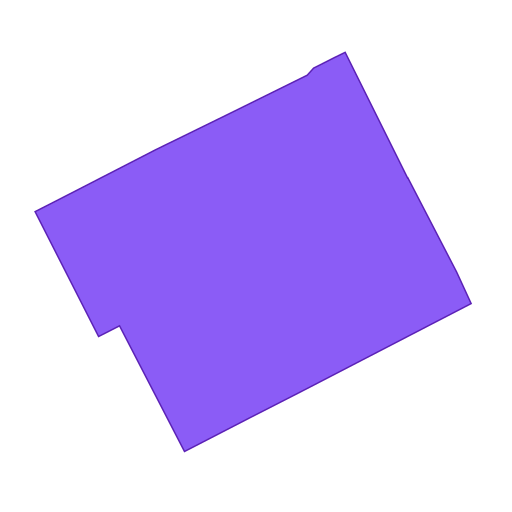 the district of Pettis, Missouri, United States of America, rotated 61°
{"feature_id": "52423323B46784641696011", "entity_name": "Pettis", "entity_type": "district", "adm_level": 2, "iso_a3": "USA", "parent_name": "United States of America", "parent_adm1": "Missouri", "projection": "orthographic", "projection_center": [-93.351, 38.725], "detail": "fine", "context": "isolated", "style": "filled", "palette": "violet", "viewbox_px": 512, "rotation_deg": 61, "n_neighbors": 0, "source": "geoboundaries", "source_scale": "gbopen_adm2", "svg_char_len": 404}
<svg xmlns="http://www.w3.org/2000/svg" viewBox="0 0 512 512"><g transform="rotate(61 256 256)"><path d="M110.1,427.7L250.1,432.7L250.9,409.2L392.3,413.3L394.5,339.7L396.5,281.3L401.9,90.9L367.2,88.3L261.2,85.3L261.2,85.6L121.1,79.3L120.5,90.9L119.6,114.5L122.7,123.5L118.6,210.1L118.0,221.9L115.0,280.6L114.4,292.4L111.3,392.3L110.1,427.7Z" fill="#8b5cf6" stroke="#5b21b6" stroke-width="1.5"/></g></svg>